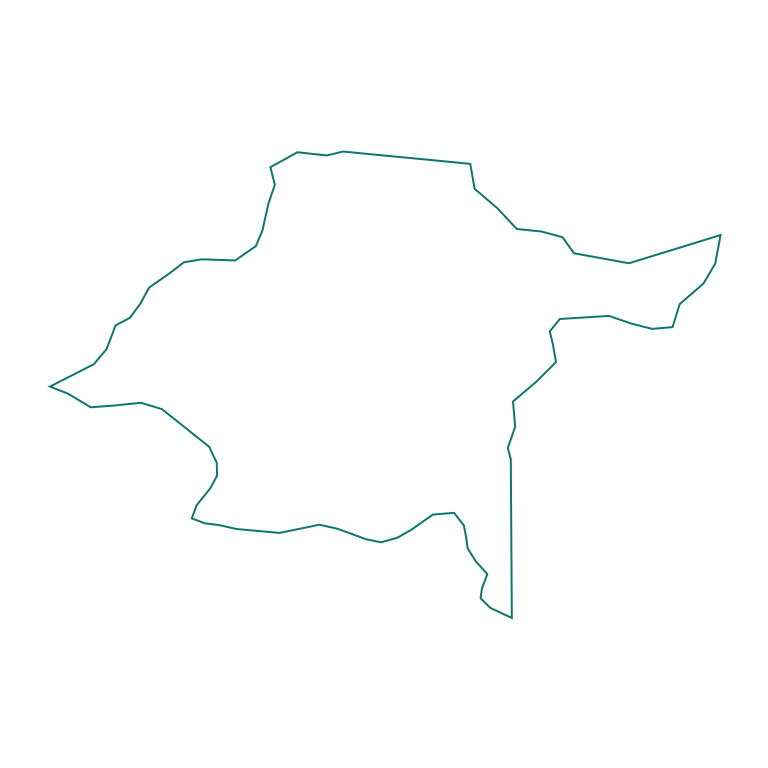 the district of Nova Veneza, Goiás, Brazil, rotated 91°
{"feature_id": "56859067B10589714904622", "entity_name": "Nova Veneza", "entity_type": "district", "adm_level": 2, "iso_a3": "BRA", "parent_name": "Brazil", "parent_adm1": "Goiás", "projection": "natural_earth1", "projection_center": [-49.299, -16.355], "detail": "fine", "context": "isolated", "style": "outline", "palette": "teal", "viewbox_px": 768, "rotation_deg": 91, "n_neighbors": 0, "source": "geoboundaries", "source_scale": "gbopen_adm2", "svg_char_len": 1108}
<svg xmlns="http://www.w3.org/2000/svg" viewBox="0 0 768 768"><g transform="rotate(91 384 384)"><path d="M392.4,717.9L399.2,699.8L412.4,676.9L410.3,653.9L407.0,626.6L413.0,605.6L449.8,557.7L465.8,549.8L478.7,549.3L491.5,556.0L508.3,569.1L521.7,573.9L526.4,560.9L527.9,546.6L531.6,528.7L534.7,486.0L529.9,464.2L525.8,446.1L529.5,428.2L535.9,409.6L539.6,399.0L542.3,384.2L537.5,368.0L529.5,354.5L513.7,332.8L511.6,311.7L524.2,301.6L535.9,299.2L546.8,297.5L559.5,289.3L572.3,277.4L586.9,282.5L596.5,283.7L606.0,273.8L615.7,252.1L457.2,255.9L445.7,259.1L424.5,252.1L399.2,254.7L379.1,231.8L359.1,212.4L340.2,216.1L328.5,219.2L315.9,209.3L312.0,160.3L319.0,138.7L324.2,117.0L322.1,96.5L298.9,89.7L277.9,66.3L257.8,54.9L229.2,50.1L259.0,141.2L250.0,196.3L234.1,208.1L228.8,229.1L226.7,254.0L206.2,273.8L187.3,296.8L162.4,301.6L152.3,428.9L156.5,445.1L153.8,474.6L169.2,501.4L186.7,496.6L205.2,502.6L232.5,508.2L248.3,514.5L263.1,535.0L262.5,568.4L265.8,586.2L277.3,600.7L291.7,620.5L307.9,629.0L322.3,639.2L330.1,653.4L353.8,661.9L369.2,674.4L392.4,717.9Z" fill="none" stroke="#0f766e" stroke-width="2"/></g></svg>